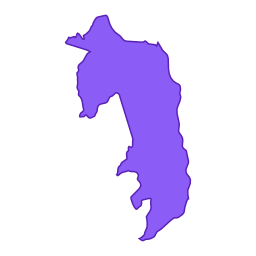 map outline of Amambay (Equal Earth projection)
{"feature_id": "PRY-615", "entity_name": "Amambay", "entity_type": "Department", "adm_level": 1, "iso_a3": "PRY", "parent_name": "Paraguay", "parent_adm1": "", "projection": "equal_earth", "projection_center": [-56.215, -22.97], "detail": "fine", "context": "isolated", "style": "filled", "palette": "violet", "viewbox_px": 256, "rotation_deg": 0, "n_neighbors": 0, "source": "natural_earth", "source_scale": "10m", "svg_char_len": 4325}
<svg xmlns="http://www.w3.org/2000/svg" viewBox="0 0 256 256"><path d="M105.2,15.4L106.5,15.5L107.5,16.8L110.0,24.6L112.2,28.7L115.1,32.2L120.3,36.1L123.1,39.5L124.7,40.7L126.4,41.2L142.6,42.2L143.8,41.8L145.0,41.0L146.3,41.7L147.6,43.1L149.1,44.0L155.0,44.7L156.7,46.0L156.9,45.1L158.0,42.5L162.7,50.5L166.5,54.1L167.4,55.4L168.2,58.5L168.5,69.2L169.2,73.7L170.8,77.8L173.3,81.1L176.4,83.2L178.3,84.1L179.5,85.0L180.2,86.5L180.5,89.1L180.4,90.1L179.9,92.2L179.8,93.2L180.0,94.3L180.6,96.4L180.7,97.5L179.7,101.7L178.1,105.3L176.9,109.1L177.1,113.8L179.2,123.6L179.2,125.7L178.6,130.0L178.8,132.1L181.3,135.7L182.3,137.6L182.8,140.1L182.4,144.7L182.4,146.7L183.4,148.4L186.0,150.4L186.4,151.5L188.4,160.8L188.4,162.9L186.2,168.6L185.9,170.7L186.5,173.5L189.4,177.3L190.4,179.7L190.2,183.6L187.7,190.5L187.9,194.9L188.5,198.7L188.4,198.7L187.5,199.5L186.6,201.4L184.9,207.0L184.1,211.9L183.5,213.2L182.5,214.4L178.6,217.2L177.8,217.5L177.0,217.8L174.3,217.9L173.0,218.6L171.0,220.1L161.3,228.9L157.3,231.6L156.3,232.8L155.0,235.6L154.4,236.4L153.5,237.2L151.1,238.4L148.8,239.1L145.5,239.4L144.7,239.8L143.9,240.3L143.4,240.5L142.9,240.6L142.3,240.5L141.8,240.3L140.4,239.5L139.3,238.6L140.0,238.4L140.9,237.9L144.0,235.1L144.2,234.8L144.4,234.4L144.9,232.3L146.5,228.5L146.9,227.3L147.1,226.6L147.1,225.8L147.2,222.6L146.9,219.5L146.5,217.6L146.4,217.0L146.6,216.4L148.7,213.0L149.7,211.6L150.2,210.6L150.9,208.8L151.0,208.1L151.1,207.4L150.7,202.8L150.8,201.1L151.0,199.7L151.0,199.1L150.8,198.6L149.8,198.5L148.6,198.5L142.8,199.9L142.0,200.3L141.6,200.7L141.5,201.4L141.6,203.2L141.4,204.3L141.2,205.1L140.9,205.7L140.4,206.1L139.3,206.8L138.7,207.3L137.2,208.8L136.7,209.1L136.2,209.2L135.3,208.3L134.1,206.7L132.4,203.0L131.7,200.9L131.2,199.3L131.0,198.2L131.0,197.3L131.3,196.7L139.1,188.8L139.8,187.7L140.5,186.5L140.7,185.9L140.8,185.2L140.8,184.8L140.6,184.1L140.3,183.2L139.9,182.4L139.6,181.9L138.0,180.2L137.6,179.4L137.4,178.8L137.6,178.1L138.1,176.8L138.3,176.0L138.3,175.3L138.1,174.5L137.7,173.6L136.9,172.8L136.1,172.2L134.8,171.7L130.8,171.5L129.6,171.2L128.1,170.6L127.6,170.7L126.8,171.3L125.7,171.6L123.8,172.0L122.0,172.6L119.8,174.0L118.8,175.0L118.0,175.4L117.6,175.6L116.6,174.7L117.1,174.2L117.2,173.9L117.4,173.5L117.5,173.2L117.7,171.9L118.0,168.8L118.2,168.2L118.4,167.5L118.7,167.0L119.0,166.6L119.4,166.2L120.2,165.5L120.6,165.1L121.0,163.9L121.2,163.3L121.6,162.9L122.0,162.5L122.8,161.8L126.4,159.3L126.8,159.0L127.0,158.3L126.9,157.3L126.6,155.5L126.6,154.4L126.6,153.6L126.8,152.9L127.0,152.2L127.2,151.7L127.6,151.3L128.1,151.1L128.5,150.7L128.5,150.2L128.4,148.8L128.4,148.1L128.5,147.4L128.7,146.8L129.1,146.5L129.5,146.6L130.5,147.1L131.0,147.3L131.5,147.3L132.0,147.0L132.3,146.6L132.5,146.0L132.6,145.3L132.7,140.8L132.9,139.4L132.8,138.6L119.4,95.1L119.0,94.4L118.6,93.7L117.2,93.1L116.6,92.9L116.1,92.9L115.6,93.0L115.2,93.3L112.8,95.6L112.4,95.9L111.9,96.1L110.8,96.5L110.3,96.7L109.9,97.1L109.5,97.5L109.2,98.1L108.1,100.4L107.5,101.4L107.2,101.9L106.8,102.3L105.9,102.8L105.3,103.0L100.4,104.1L99.9,104.4L99.4,104.7L98.6,105.4L98.0,106.2L97.9,106.4L97.8,106.6L97.5,107.7L97.4,108.5L97.1,110.9L96.9,111.6L96.6,112.2L95.6,113.8L94.9,115.7L94.5,116.2L94.1,116.5L93.0,116.8L91.2,117.8L90.7,117.9L90.2,118.0L89.5,117.9L89.0,117.8L88.4,117.3L87.8,116.7L86.9,115.6L86.3,115.1L85.7,114.9L85.3,115.2L84.6,116.1L84.2,116.4L83.7,116.6L81.9,116.8L80.6,116.8L80.1,116.9L79.7,116.7L79.6,116.3L79.9,114.8L80.4,113.8L81.0,112.9L83.1,111.2L83.5,110.4L83.6,109.0L83.0,106.8L82.3,101.7L81.5,99.2L80.7,97.6L80.1,96.7L79.6,96.2L79.1,95.8L78.7,95.3L78.5,94.4L78.7,92.5L78.8,91.6L78.6,90.7L77.7,89.3L77.3,88.3L77.1,87.2L77.3,85.8L77.5,84.7L77.7,83.6L77.7,82.1L77.5,79.8L77.6,77.4L77.5,76.7L77.0,74.1L77.0,73.2L77.2,72.6L78.2,71.7L78.5,71.0L78.6,70.1L78.1,67.4L78.2,66.5L78.5,65.7L78.9,65.0L79.4,64.4L82.4,61.8L83.1,61.1L87.1,54.0L87.6,53.5L89.8,52.0L90.2,51.6L86.3,49.8L66.4,43.6L65.6,42.4L67.8,39.5L68.4,38.3L68.5,37.5L68.9,37.3L70.2,37.8L70.9,37.7L73.9,36.6L74.6,36.8L74.8,37.3L75.0,37.6L75.9,36.8L76.4,35.9L77.1,33.7L77.6,33.2L79.2,34.2L82.4,38.8L83.9,39.2L84.3,38.2L83.3,35.9L83.9,35.2L85.0,34.8L85.7,34.3L88.9,31.4L89.9,30.0L91.5,26.4L91.7,26.1L92.4,25.7L92.7,25.2L93.2,23.2L93.5,22.4L95.0,19.7L95.8,18.6L96.8,17.5L98.4,16.9L105.2,15.4Z" fill="#8b5cf6" stroke="#5b21b6" stroke-width="1.5"/></svg>